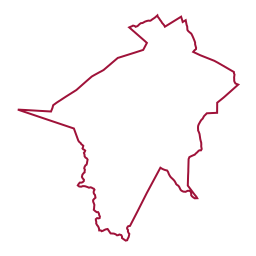 outline of Urbano Santos, Maranhão, Brazil
{"feature_id": "56859067B97391403758690", "entity_name": "Urbano Santos", "entity_type": "district", "adm_level": 2, "iso_a3": "BRA", "parent_name": "Brazil", "parent_adm1": "Maranhão", "projection": "orthographic", "projection_center": [-43.287, -3.284], "detail": "fine", "context": "isolated", "style": "outline", "palette": "rose", "viewbox_px": 256, "rotation_deg": 0, "n_neighbors": 0, "source": "geoboundaries", "source_scale": "gbopen_adm2", "svg_char_len": 3407}
<svg xmlns="http://www.w3.org/2000/svg" viewBox="0 0 256 256"><path d="M197.2,198.2L196.4,196.8L194.5,194.5L187.8,185.6L188.1,175.4L188.3,171.6L188.3,169.6L188.6,159.1L189.4,157.1L191.4,156.1L193.6,155.1L194.7,154.7L195.7,153.6L197.2,152.3L198.5,150.9L199.4,150.3L201.0,150.3L201.7,149.0L201.4,147.4L201.2,146.2L201.3,144.6L201.2,142.6L200.7,140.9L200.3,139.2L200.1,137.9L199.8,135.8L199.5,133.9L198.8,132.0L198.1,130.5L198.1,129.3L198.0,128.0L198.1,126.1L198.7,124.4L199.6,122.8L200.2,121.7L201.2,120.1L202.7,118.6L203.7,116.7L204.4,115.7L205.3,114.9L206.8,113.3L217.1,112.8L217.2,102.7L223.3,97.8L224.7,96.6L238.2,84.6L236.7,84.0L235.5,83.5L234.8,82.4L234.2,80.9L234.2,78.9L234.1,77.4L234.3,76.0L234.5,74.5L234.0,73.4L233.9,72.0L218.0,62.8L214.3,60.8L200.2,55.2L193.2,51.9L194.4,50.4L196.0,49.1L196.1,47.8L195.6,46.1L195.1,44.2L195.1,42.5L194.6,41.1L193.9,39.3L193.1,37.4L192.2,35.4L191.3,33.7L188.4,31.3L187.4,29.9L187.2,26.5L186.6,24.9L185.7,20.2L182.7,22.0L182.2,20.2L181.8,18.9L181.1,16.7L164.9,26.7L164.1,25.2L163.1,24.0L162.0,22.8L161.3,21.5L160.6,20.6L159.9,19.7L159.2,18.5L158.4,17.5L157.7,16.6L157.4,15.4L156.4,16.3L154.9,17.6L153.6,18.5L152.2,19.4L151.1,20.3L150.0,20.8L148.7,20.6L147.1,20.9L145.0,21.6L143.8,22.3L142.5,23.0L140.8,23.2L139.6,24.1L137.5,26.1L135.6,26.8L134.7,26.0L133.0,25.6L131.8,26.3L130.5,26.8L129.2,27.4L139.3,36.2L144.7,40.9L146.9,42.9L144.0,48.4L143.2,49.9L134.8,52.6L118.9,57.6L117.8,57.9L115.1,60.2L104.4,69.3L103.6,70.0L100.7,71.6L99.7,72.1L94.6,74.9L91.8,76.5L86.6,81.0L78.1,88.5L76.4,90.0L68.8,94.8L66.1,96.5L56.6,102.7L53.2,105.2L52.4,108.1L51.7,109.8L51.0,111.5L44.1,111.1L40.4,110.9L25.3,110.0L17.8,109.6L39.7,117.0L73.9,128.5L78.3,140.6L79.4,142.1L80.6,143.0L81.3,144.2L82.3,144.9L83.3,145.8L83.0,147.1L82.5,148.5L83.2,149.3L84.3,149.8L85.2,150.6L84.8,151.7L83.9,152.9L84.5,154.5L84.6,156.3L85.5,157.6L86.8,158.4L87.6,159.6L87.2,161.7L86.9,163.5L86.5,164.7L85.5,165.3L84.6,166.9L84.2,168.3L84.9,169.7L84.6,171.2L84.6,172.4L83.6,173.1L82.4,174.7L81.9,176.9L82.7,178.4L83.9,179.7L83.8,181.1L82.6,182.2L81.5,182.6L79.8,182.6L78.7,183.9L77.8,185.4L79.2,186.5L81.2,186.7L82.8,186.1L84.9,186.2L86.2,186.6L87.6,187.1L89.0,187.7L90.5,187.3L91.6,187.6L92.7,188.3L93.8,188.7L94.5,189.8L93.9,190.8L93.6,192.1L93.9,193.6L95.0,195.0L95.5,197.7L94.1,198.9L93.1,200.2L93.2,201.8L93.8,203.2L94.4,204.9L94.2,206.5L94.1,208.1L93.8,209.8L95.1,211.0L96.6,212.1L98.1,212.1L98.9,213.5L99.2,215.1L99.9,216.5L99.6,218.1L98.4,218.4L97.1,218.1L95.8,219.2L95.9,220.4L96.3,222.0L96.2,223.5L97.2,225.3L98.0,226.2L98.7,227.6L99.1,229.1L99.2,230.4L100.8,230.4L101.6,231.2L103.1,230.7L104.7,229.8L106.0,229.3L107.6,229.0L108.7,230.6L109.9,232.4L110.6,233.4L112.2,233.5L113.9,233.6L115.7,234.3L117.0,235.3L118.3,235.1L119.3,234.5L121.3,235.1L122.0,236.5L122.0,238.0L123.6,239.2L125.7,240.6L127.2,240.2L127.7,238.8L128.6,237.2L129.0,235.5L129.3,233.9L128.4,232.7L127.9,231.3L128.0,230.0L127.1,228.7L127.2,227.5L128.2,226.2L130.0,225.9L137.4,211.6L146.8,193.0L160.4,167.7L162.0,168.7L163.2,169.3L165.0,170.0L167.1,170.5L168.1,172.0L168.7,173.7L169.4,175.1L170.3,176.6L171.3,177.7L172.5,178.8L173.8,180.1L174.7,181.2L175.6,182.8L176.1,184.0L177.0,184.9L178.3,185.7L179.3,187.1L179.9,188.4L180.6,189.8L181.5,190.7L183.3,191.6L185.6,191.8L187.6,190.8L189.4,190.8L190.8,191.8L191.2,193.8L191.2,195.2L191.9,196.2L193.0,197.2L194.7,198.3L197.2,198.2Z" fill="none" stroke="#9f1239" stroke-width="2"/></svg>